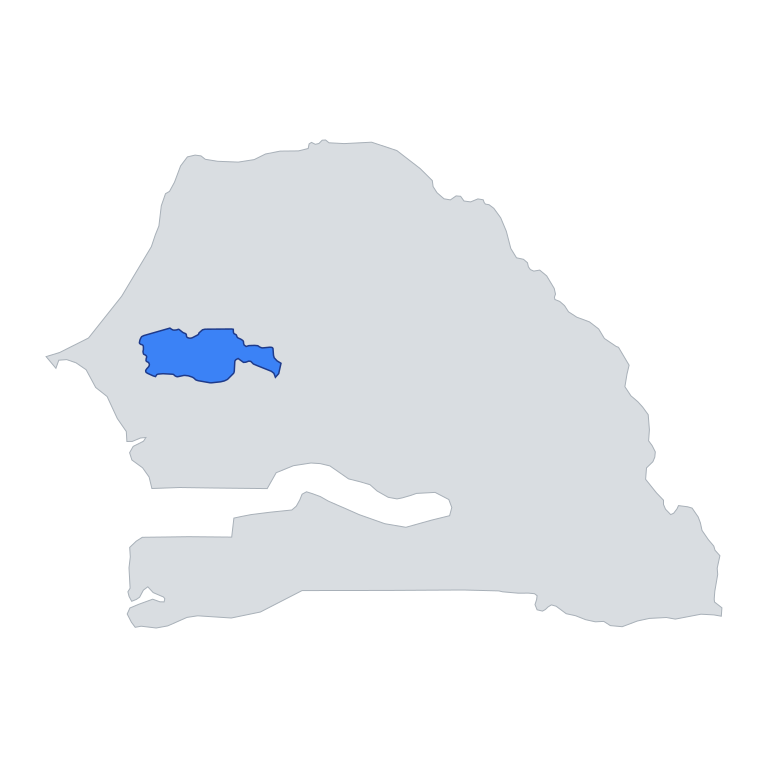 where Diourbel sits in Senegal
{"feature_id": "SEN-763", "entity_name": "Diourbel", "entity_type": "Region", "adm_level": 1, "iso_a3": "SEN", "parent_name": "Senegal", "parent_adm1": "", "projection": "albers", "projection_center": [-16.16, 14.769], "detail": "fine", "context": "in_parent", "style": "filled", "palette": "blue", "viewbox_px": 768, "rotation_deg": 0, "n_neighbors": 0, "source": "natural_earth", "source_scale": "10m", "svg_char_len": 5237}
<svg xmlns="http://www.w3.org/2000/svg" viewBox="0 0 768 768"><path d="M618.5,347.3L629.1,365.2L627.0,374.0L624.9,386.7L630.9,395.8L637.8,401.7L642.7,407.1L648.2,414.7L649.4,429.8L648.6,440.8L652.2,445.7L655.3,451.9L654.8,457.1L652.9,461.7L646.5,467.9L645.6,479.3L656.5,492.9L663.5,500.2L663.5,504.5L665.5,509.2L670.7,514.6L673.7,513.2L677.1,508.7L678.5,505.6L687.7,506.8L692.1,508.1L698.2,517.0L700.4,522.9L702.0,530.4L708.3,539.6L713.8,546.1L715.0,550.2L719.9,555.7L717.2,568.2L717.7,574.5L714.8,591.2L714.2,599.1L714.5,602.0L721.9,607.8L721.3,616.2L713.9,614.9L701.0,614.2L675.3,619.1L666.4,617.5L649.4,618.4L637.4,621.0L622.2,626.7L610.3,625.6L603.8,621.4L595.3,621.8L585.7,619.7L575.5,615.7L566.2,613.7L556.1,606.2L551.4,604.9L548.1,606.9L545.4,609.5L542.5,611.1L537.1,609.8L535.0,604.6L536.6,599.6L537.1,595.7L534.5,593.7L528.4,593.1L518.5,593.2L502.6,591.8L498.9,590.9L463.3,590.0L426.4,590.2L395.1,590.4L355.7,590.5L327.9,590.5L302.0,590.6L282.0,600.9L260.4,612.0L231.3,618.0L197.7,615.8L187.0,617.4L175.9,622.3L167.7,625.9L156.2,628.0L141.2,626.2L135.2,627.3L131.4,622.2L127.2,614.0L129.9,608.0L139.0,604.2L152.7,599.2L159.9,601.8L164.1,601.9L164.8,598.7L163.5,597.0L153.2,592.6L147.8,586.8L143.4,590.1L139.6,597.2L136.4,599.4L131.7,601.3L129.1,596.5L127.9,591.8L130.1,588.2L129.0,567.8L130.3,556.9L129.7,547.4L136.2,541.2L142.3,537.3L166.2,537.0L188.5,536.7L209.9,536.9L231.7,537.1L233.9,518.1L240.8,516.6L251.1,514.6L270.3,512.2L291.8,510.0L296.3,506.2L299.8,499.9L302.1,494.2L306.5,491.8L312.5,493.7L320.4,496.6L328.5,501.2L337.9,505.3L344.2,508.0L359.1,514.6L384.8,523.7L405.9,527.3L431.3,520.2L449.6,515.7L451.8,507.5L448.8,499.5L435.1,492.4L416.5,493.4L410.8,495.4L402.2,497.9L397.0,498.9L388.2,497.3L377.1,491.0L370.0,484.7L360.2,481.8L348.6,478.9L329.9,465.9L320.2,463.6L311.0,463.0L293.4,465.7L276.2,472.7L267.2,488.6L249.9,488.4L213.3,488.0L179.7,487.5L151.9,488.5L149.1,477.0L142.6,467.8L131.9,460.0L129.6,452.7L133.2,446.4L143.5,441.2L145.9,437.5L140.5,438.0L132.3,441.4L126.9,441.5L126.3,431.5L117.3,418.5L107.1,396.5L95.7,387.5L86.1,369.7L76.0,362.8L66.7,359.6L58.8,360.2L55.9,368.3L46.1,356.6L59.6,352.5L88.5,338.0L121.7,296.2L151.4,246.6L155.3,234.9L158.9,226.0L161.3,205.8L165.5,193.7L169.5,191.4L174.5,182.2L180.6,165.9L187.4,156.9L195.1,155.1L201.0,155.9L205.3,159.3L217.7,161.3L238.3,162.1L254.2,159.6L265.5,154.0L280.2,151.1L298.5,150.9L308.2,148.5L309.1,143.9L311.5,142.4L315.3,144.3L318.9,143.5L322.2,140.2L325.6,140.0L329.0,142.8L344.3,143.6L371.6,142.2L396.9,150.6L420.2,168.6L432.3,180.6L433.1,186.6L437.0,192.7L444.0,198.8L450.4,199.9L456.1,195.9L460.6,196.3L464.0,201.0L470.6,201.9L477.9,198.9L483.2,199.8L484.2,202.6L485.4,204.1L489.0,204.7L493.8,208.3L500.7,217.8L506.3,231.2L510.8,248.5L516.5,257.8L523.5,259.3L527.5,262.8L528.4,266.9L530.4,269.6L533.8,271.1L539.7,270.1L546.7,275.9L554.2,288.4L555.5,294.1L554.4,297.2L554.9,299.5L559.8,301.5L564.5,305.6L568.5,311.8L576.8,317.2L589.5,321.9L598.7,329.0L604.4,338.5L616.1,346.4L618.5,347.3Z" fill="#d9dde1" stroke="#a8b0b8" stroke-width="1"/><path d="M254.6,345.4L257.7,345.7L258.1,345.9L259.2,346.7L260.1,347.2L261.7,347.8L262.7,347.9L269.9,347.2L271.3,347.3L272.3,347.6L272.7,348.0L273.0,348.6L273.5,355.3L274.2,357.8L277.1,360.9L281.0,363.3L278.7,373.6L275.4,377.3L273.9,373.3L271.4,371.3L256.9,365.5L253.4,364.0L250.8,361.4L248.8,361.1L245.8,362.2L243.5,362.4L238.1,358.5L237.6,358.8L236.2,359.5L235.7,359.9L235.3,360.4L235.0,360.9L234.8,361.5L234.3,371.0L234.0,372.4L233.8,372.9L233.5,373.4L227.6,379.3L227.1,379.6L224.4,380.9L220.7,381.8L211.6,382.8L210.1,382.8L198.2,380.7L196.6,380.2L195.5,379.7L194.4,378.5L193.0,377.5L191.9,377.0L188.3,375.8L184.7,375.4L183.5,375.5L177.8,376.7L177.1,376.7L176.3,376.5L175.3,376.0L174.7,375.6L173.9,374.8L173.4,374.4L172.3,374.2L163.0,373.7L158.2,374.1L156.8,374.6L155.5,376.6L153.2,375.9L147.7,373.4L146.4,372.6L146.0,372.2L145.8,371.7L145.7,371.1L145.7,370.4L146.2,369.6L146.9,368.6L148.5,366.9L149.1,365.8L149.4,364.8L149.3,364.1L149.1,363.5L148.8,363.0L148.5,362.5L148.0,362.2L147.0,361.7L146.5,361.4L146.2,361.0L146.0,360.5L146.1,359.5L146.2,358.6L146.6,357.4L146.6,356.9L146.6,356.4L146.3,355.9L146.0,355.5L145.5,355.2L145.1,354.9L144.0,354.4L143.6,354.1L143.4,353.5L143.2,352.9L143.0,351.5L143.1,350.9L143.4,349.7L143.4,346.9L143.3,346.2L143.1,345.6L142.8,345.2L142.3,344.9L141.8,344.6L140.8,344.4L140.4,344.1L139.7,343.5L139.5,343.2L139.4,342.6L139.9,340.1L140.6,338.4L141.6,336.7L143.7,335.6L169.9,328.1L170.3,328.3L170.6,328.6L170.9,328.8L172.2,329.6L173.1,330.0L173.9,330.1L174.9,330.1L176.5,329.9L177.3,329.7L177.8,329.5L177.9,329.4L178.0,329.4L178.6,329.3L179.1,329.5L182.8,332.4L183.3,332.7L185.1,333.4L185.8,333.8L186.2,334.3L186.4,335.0L186.4,335.6L186.5,336.2L186.7,336.8L187.0,337.2L187.5,337.6L188.1,337.8L188.7,338.0L189.7,338.2L191.1,338.1L192.4,337.7L197.6,335.0L198.5,334.3L199.0,332.9L202.5,329.8L205.0,329.2L231.7,329.0L233.3,329.3L233.3,330.3L233.4,331.8L233.5,332.5L233.7,333.1L234.0,333.6L234.5,333.9L234.9,334.1L235.7,334.5L236.1,334.7L236.4,335.1L237.0,336.8L237.3,337.3L237.7,337.7L238.2,338.0L240.9,339.2L242.8,340.5L243.1,340.9L243.4,341.4L243.5,342.0L243.6,343.5L244.1,345.0L246.1,346.5L248.9,345.6L254.6,345.4Z" fill="#3b82f6" stroke="#1e3a8a" stroke-width="1.5"/></svg>